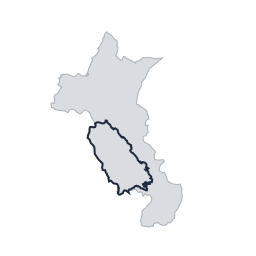 location of Punjab within Pakistan, rotated 120°
{"feature_id": "PAK-1113", "entity_name": "Punjab", "entity_type": "Province", "adm_level": 1, "iso_a3": "PAK", "parent_name": "Pakistan", "parent_adm1": "", "projection": "equal_earth", "projection_center": [72.142, 30.862], "detail": "medium", "context": "in_parent", "style": "outline", "palette": "slate", "viewbox_px": 256, "rotation_deg": 120, "n_neighbors": 0, "source": "natural_earth", "source_scale": "10m", "svg_char_len": 5398}
<svg xmlns="http://www.w3.org/2000/svg" viewBox="0 0 256 256"><g transform="rotate(120 128 128)"><path d="M202.9,59.8L205.7,66.7L205.3,68.1L203.2,69.3L202.4,70.7L201.5,71.3L200.2,71.1L197.5,72.2L196.3,72.2L193.2,74.3L190.8,73.8L188.2,72.6L186.0,72.5L179.9,71.0L176.7,72.4L175.1,75.8L175.3,76.5L176.4,77.0L176.8,77.6L176.9,78.2L176.2,79.6L176.6,80.3L179.4,80.7L179.5,81.2L179.1,82.0L177.1,83.2L176.9,84.1L177.2,85.2L178.6,86.8L178.3,88.3L177.1,90.1L177.2,90.8L178.4,92.2L180.1,93.3L180.3,94.9L180.1,95.6L180.6,96.1L183.5,96.2L183.4,98.2L183.8,99.6L184.8,100.1L186.7,100.0L189.0,101.1L190.0,102.3L189.9,103.1L189.2,104.1L184.3,106.5L182.6,108.2L182.2,109.5L183.0,112.7L182.3,116.3L182.5,116.9L183.2,117.2L183.4,118.2L181.0,120.0L180.6,120.0L177.5,124.8L176.4,125.9L176.3,127.0L176.8,128.6L175.6,130.3L171.5,132.3L170.0,137.3L166.9,144.0L161.4,147.6L161.0,148.3L159.4,152.9L157.6,155.1L156.8,157.9L153.7,159.1L150.2,159.6L147.1,161.1L146.4,161.2L145.3,160.4L144.8,158.2L143.4,157.1L142.6,157.1L140.0,159.3L137.6,164.2L134.0,168.8L133.3,173.0L133.7,173.8L135.9,175.3L139.1,175.9L139.9,176.9L139.8,180.7L139.2,182.6L139.4,184.7L141.0,187.4L142.8,187.7L144.0,187.4L144.8,187.9L144.8,191.1L147.0,195.9L148.7,200.8L148.0,201.7L147.9,202.4L147.9,203.5L148.7,204.2L148.6,204.6L147.1,205.4L146.3,206.5L145.4,206.8L144.0,206.2L143.7,204.4L143.2,204.5L139.3,206.1L138.5,207.4L136.4,207.7L135.5,207.7L134.0,206.3L127.5,206.1L126.7,206.4L126.3,205.8L125.7,206.4L125.7,210.4L123.3,210.4L121.3,210.9L120.1,211.8L119.6,213.2L118.9,212.0L118.0,212.2L117.1,211.2L116.7,212.2L115.2,212.4L115.0,211.0L114.2,211.5L113.6,210.7L113.3,209.7L112.2,208.7L111.7,207.6L111.5,205.1L110.4,199.9L109.8,199.5L105.8,198.5L105.6,197.6L105.9,193.7L104.6,191.7L104.3,190.3L103.3,189.1L102.3,188.8L101.2,188.9L100.3,190.2L102.6,190.0L103.6,190.8L101.4,190.6L97.9,191.2L95.9,192.0L93.2,191.8L89.8,192.6L87.0,192.7L85.8,194.3L84.6,193.6L80.8,192.3L79.9,191.4L78.7,192.2L76.6,191.6L75.0,192.1L74.3,192.8L74.3,193.9L71.1,193.3L69.6,193.7L66.1,193.2L65.2,193.3L62.7,194.9L61.5,193.7L60.4,194.7L58.6,195.0L57.0,194.9L55.3,194.3L55.8,192.9L56.5,186.8L57.4,185.6L58.1,181.4L58.4,180.6L60.9,179.4L61.3,178.7L62.4,178.8L63.1,177.1L64.4,176.2L67.8,175.1L71.5,175.0L71.8,172.6L72.5,172.0L72.5,169.4L73.1,168.8L73.1,168.4L72.6,167.7L71.8,167.1L69.3,167.6L67.8,167.2L67.9,165.8L68.4,163.9L67.9,157.4L68.2,154.2L66.3,154.3L64.3,152.0L59.8,150.3L57.4,147.1L54.8,141.0L54.7,139.6L50.3,133.3L65.9,139.1L76.5,138.0L81.6,139.3L82.3,138.4L84.5,137.4L91.3,137.2L102.4,133.2L103.2,131.9L102.6,130.9L102.5,130.1L103.2,127.4L103.1,123.7L103.7,121.2L104.2,119.8L106.2,118.4L107.5,116.2L108.5,115.3L109.4,114.7L110.4,114.8L111.2,115.5L112.9,115.9L114.5,115.6L117.2,114.2L117.2,113.8L115.9,112.8L115.7,112.2L116.2,111.8L117.3,111.6L120.0,110.0L121.4,108.4L124.1,109.0L125.6,108.4L127.3,110.4L128.1,110.5L130.2,109.2L132.1,106.7L131.8,100.4L133.4,97.2L133.4,96.2L133.9,95.3L134.4,92.9L135.0,92.4L136.3,92.0L138.4,91.8L141.6,89.5L141.8,88.5L140.4,85.3L137.9,81.9L138.2,80.5L139.2,79.9L142.3,81.1L145.4,81.2L149.2,79.9L149.5,79.1L149.6,75.9L148.4,73.9L149.3,73.0L151.5,69.7L153.0,68.5L154.6,65.8L153.9,64.4L154.4,63.0L154.1,61.2L153.6,60.6L152.8,57.7L152.0,56.4L150.5,55.1L151.0,54.1L154.6,50.2L156.0,50.2L156.5,49.6L159.1,47.8L159.6,46.9L164.0,45.3L168.6,44.9L174.7,44.6L177.2,45.4L182.4,42.8L183.2,42.8L185.1,43.8L186.6,43.4L187.5,43.6L189.4,44.3L190.1,46.5L190.5,46.6L191.5,46.2L192.4,46.4L194.4,48.2L195.3,50.9L195.3,53.5L194.7,54.5L194.8,55.0L196.3,55.8L197.1,57.7L198.0,57.9L200.8,57.0L201.0,58.4L202.9,59.8Z" fill="#d9dde1" stroke="#a8b0b8" stroke-width="1"/><path d="M189.6,101.6L190.2,102.5L189.6,104.0L188.7,104.2L188.5,104.8L187.2,104.6L186.4,105.5L185.2,105.5L184.8,106.6L184.0,106.5L182.6,108.1L182.0,109.6L183.2,112.8L182.2,116.4L182.5,117.2L183.7,117.6L181.2,120.0L180.4,120.0L179.0,122.9L178.0,123.6L177.9,124.7L176.0,126.7L176.8,128.1L176.9,129.1L174.9,130.9L173.2,131.3L171.4,132.4L170.1,137.5L167.1,143.8L161.6,147.4L160.6,149.0L159.6,152.8L157.2,155.6L156.8,158.0L153.8,159.1L150.6,159.4L147.5,161.1L146.0,161.2L145.2,160.1L144.8,158.3L143.6,157.0L142.0,157.2L140.5,158.8L138.7,157.7L137.8,156.3L136.8,152.5L136.1,151.3L134.1,150.5L132.7,151.1L132.2,150.1L133.6,148.4L134.1,146.7L133.9,146.2L134.1,145.2L135.9,142.7L136.3,140.4L135.7,140.6L135.5,139.2L134.6,138.8L134.9,136.0L137.2,133.9L139.2,128.8L139.1,128.2L138.5,128.6L138.2,127.8L138.6,125.6L139.5,123.9L139.6,122.5L141.2,120.9L141.4,116.7L142.8,116.2L142.8,115.5L144.3,114.5L146.4,114.9L147.3,113.2L147.4,112.1L147.2,111.6L148.4,107.4L149.8,104.5L150.8,103.6L151.8,100.6L151.8,99.1L151.1,99.6L151.1,98.4L150.2,98.2L149.6,95.8L150.1,94.1L151.5,93.0L152.9,92.9L152.7,90.1L154.1,90.5L154.5,91.7L155.3,92.4L155.8,90.9L155.3,89.7L155.5,88.7L157.0,87.8L157.7,86.5L158.4,83.8L159.0,83.2L160.4,83.5L160.4,81.3L163.1,80.3L163.5,81.2L164.3,81.4L164.0,82.0L164.4,82.4L165.5,81.2L166.1,82.1L166.0,82.7L166.5,82.9L166.2,83.6L167.0,83.8L165.8,84.8L166.1,85.7L166.5,86.0L168.3,85.3L168.7,86.1L168.6,86.6L169.2,87.0L170.7,84.5L168.8,83.0L170.6,82.2L171.1,81.0L172.5,80.5L173.1,81.7L173.0,83.0L173.3,84.2L173.1,85.2L173.7,86.4L173.6,87.5L173.1,88.3L173.4,89.0L173.2,90.3L173.9,90.8L173.8,91.9L175.3,93.0L176.6,93.0L177.0,93.6L180.2,95.4L180.5,96.1L181.4,95.9L182.0,96.4L182.7,96.3L183.6,95.2L183.2,98.4L183.8,99.9L185.9,100.2L187.0,99.9L189.6,101.6Z" fill="none" stroke="#1e293b" stroke-width="2"/></g></svg>